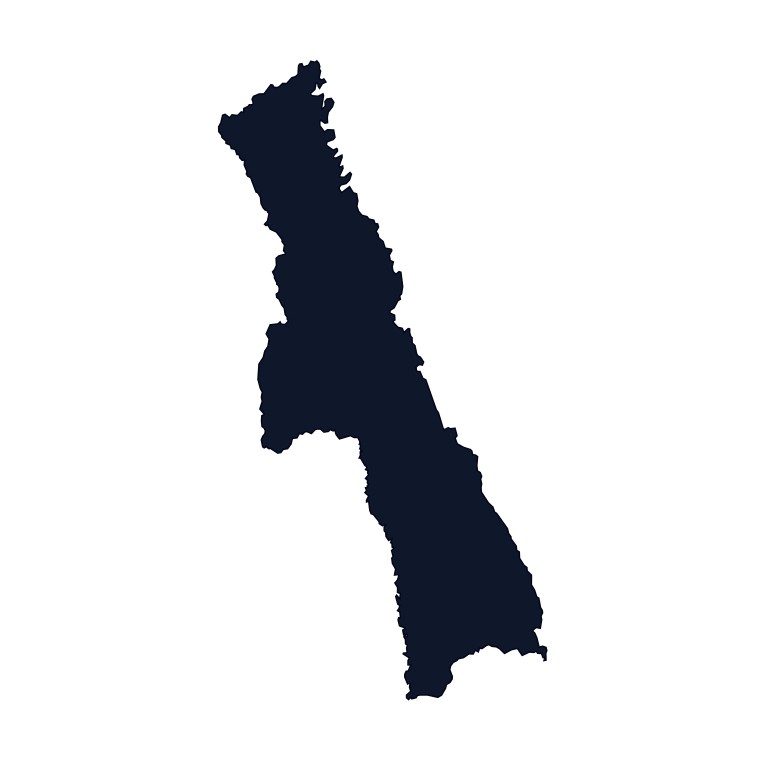 Tha Song Yang, Tak, Thailand, rotated 190°
{"feature_id": "78962969B58793256407954", "entity_name": "Tha Song Yang", "entity_type": "district", "adm_level": 2, "iso_a3": "THA", "parent_name": "Thailand", "parent_adm1": "Tak", "projection": "equal_earth", "projection_center": [98.144, 17.467], "detail": "fine", "context": "isolated", "style": "filled", "palette": "ink", "viewbox_px": 768, "rotation_deg": 190, "n_neighbors": 0, "source": "geoboundaries", "source_scale": "gbopen_adm2", "svg_char_len": 6152}
<svg xmlns="http://www.w3.org/2000/svg" viewBox="0 0 768 768"><g transform="rotate(190 384 384)"><path d="M551.2,564.2L543.3,550.8L541.4,550.4L538.1,546.5L536.4,540.4L533.7,536.6L531.3,534.7L528.9,534.6L528.6,533.2L526.8,531.9L527.0,524.3L529.4,520.6L527.9,519.6L525.9,520.3L522.8,516.7L516.4,515.0L509.4,508.6L509.2,506.6L506.1,503.6L506.1,497.9L503.6,495.8L503.7,494.8L509.8,491.9L512.1,489.1L510.5,482.2L511.6,477.7L513.2,475.1L510.6,471.3L510.3,469.5L507.9,466.1L507.2,466.3L507.0,463.7L505.0,462.6L503.7,460.2L503.5,456.2L505.7,453.8L504.7,450.7L502.0,449.3L498.2,443.9L495.4,441.4L493.3,435.2L491.0,433.3L490.5,430.9L489.0,429.5L491.7,425.4L495.7,425.1L497.1,427.1L498.8,424.8L506.4,422.5L508.7,412.9L504.9,408.4L504.8,400.8L507.1,395.7L507.5,389.2L510.6,382.0L508.9,366.6L505.0,358.2L502.4,354.8L502.5,349.8L500.9,345.8L501.9,337.8L497.0,333.8L497.0,332.8L498.8,331.6L498.2,326.2L496.7,320.9L494.5,319.9L492.7,317.4L492.7,314.2L494.3,311.5L495.1,307.6L492.6,301.1L490.9,300.3L489.0,301.8L486.1,300.3L484.5,300.9L476.7,297.5L473.7,298.6L471.9,302.1L467.7,303.6L465.1,308.9L464.8,314.5L460.3,315.9L458.8,320.6L455.6,320.4L453.7,323.0L451.7,323.8L446.9,322.6L443.8,327.2L441.9,328.1L438.7,328.6L434.8,326.2L430.4,327.7L429.4,329.7L425.9,329.0L424.5,330.2L422.3,325.8L418.3,322.2L408.1,327.3L404.1,326.1L400.4,326.8L397.5,322.7L397.8,320.5L397.1,320.7L396.3,318.5L396.6,316.0L395.1,314.8L395.4,313.6L394.2,313.7L395.5,312.2L394.8,309.8L395.6,306.8L394.0,306.8L388.7,300.5L386.9,299.7L386.4,298.6L387.3,296.5L384.8,296.0L384.6,293.5L383.4,291.9L385.8,287.8L383.2,286.1L383.3,283.9L381.7,282.2L382.8,280.9L382.2,279.5L384.2,278.6L382.6,276.0L383.9,273.7L379.6,271.1L381.0,266.6L380.7,264.8L378.7,265.9L376.0,257.0L374.1,254.0L371.9,253.7L364.7,247.4L364.4,245.7L360.9,244.1L359.3,245.5L357.9,245.1L359.0,243.2L358.3,239.5L356.5,238.0L355.5,234.1L352.3,230.8L349.3,232.9L349.9,228.9L348.6,228.5L347.5,224.6L346.1,225.1L345.9,223.9L347.6,221.3L345.0,215.6L346.1,213.9L344.6,208.9L340.4,203.8L340.5,197.7L337.1,198.7L336.1,198.0L336.7,193.3L338.7,189.9L335.2,185.9L334.5,181.1L331.5,180.5L331.1,175.1L334.9,178.2L335.5,176.7L332.1,169.5L330.2,168.8L330.0,166.4L331.3,163.1L328.9,162.4L327.4,157.7L327.5,156.7L328.9,156.4L329.2,154.2L326.7,148.5L321.1,147.5L321.0,146.1L322.6,145.3L322.6,144.2L321.0,140.2L320.2,139.9L318.5,141.9L317.2,140.2L317.1,139.0L319.4,139.5L320.5,138.5L318.5,136.1L317.6,131.9L315.5,130.8L315.9,128.0L314.7,124.1L315.6,122.9L318.1,122.4L318.2,121.5L311.5,118.7L312.3,115.7L311.6,111.6L308.9,111.9L310.2,105.7L312.3,104.9L313.1,101.9L312.7,99.1L308.7,92.7L307.2,93.8L306.3,93.0L306.2,89.8L304.3,86.1L307.8,81.6L307.3,78.9L305.0,77.5L303.5,80.1L302.0,78.8L298.0,80.6L297.0,83.1L294.4,84.0L287.0,85.3L276.6,84.8L273.3,87.6L270.6,95.0L270.4,98.9L267.2,101.5L265.7,105.2L265.9,107.8L269.6,114.0L269.5,117.9L267.5,121.9L264.2,124.3L263.1,126.3L258.1,128.4L253.5,133.0L249.3,133.6L247.9,137.7L244.6,136.6L244.1,140.3L241.5,140.5L237.4,144.6L235.3,145.5L232.1,144.4L227.8,144.7L224.1,143.4L218.5,139.6L212.3,144.5L206.7,146.8L200.8,140.7L194.3,145.3L189.7,145.7L187.8,147.3L185.9,145.5L182.1,146.0L179.9,142.2L178.1,142.8L178.4,139.4L176.5,140.2L177.9,146.8L177.4,149.8L178.7,152.7L182.2,153.3L185.5,151.7L189.5,160.7L192.4,165.0L194.6,166.2L194.3,167.9L192.0,170.6L187.7,170.6L187.8,179.3L189.1,182.7L188.1,186.1L188.8,188.4L191.1,191.1L194.4,200.0L196.6,200.8L200.0,207.2L204.0,211.8L205.6,221.4L210.6,224.8L211.4,228.1L214.6,229.7L220.3,236.0L221.6,242.1L224.5,243.2L225.6,247.3L232.1,253.6L232.4,255.5L235.3,258.4L237.4,263.1L250.7,276.2L252.8,277.0L255.4,281.7L260.5,285.0L269.3,294.4L270.5,298.9L270.5,302.6L272.3,307.0L271.8,310.1L273.9,313.5L276.9,314.7L278.5,320.1L279.2,328.7L281.5,329.9L284.4,329.7L285.9,333.3L287.4,334.4L294.6,335.4L301.5,337.8L304.6,343.1L303.1,345.7L306.4,352.8L310.9,351.4L313.2,352.1L316.6,349.5L318.1,350.6L325.5,365.2L328.1,367.8L343.6,395.4L346.8,396.4L350.7,402.5L353.2,402.1L354.5,403.1L355.3,405.9L354.3,407.7L352.5,409.3L349.5,409.3L348.8,412.5L352.9,416.8L355.4,417.5L357.1,419.4L360.2,427.2L363.4,429.3L364.4,434.5L365.9,435.5L367.6,438.8L368.3,442.7L369.8,442.8L373.4,438.2L375.7,442.0L380.3,442.3L385.6,446.5L385.8,447.7L384.4,448.9L385.5,453.6L390.7,455.0L390.7,457.6L387.3,460.7L384.8,468.5L382.6,470.3L383.9,473.6L382.4,475.8L382.5,483.1L386.8,497.0L388.7,497.3L391.3,494.2L394.2,496.0L395.5,498.5L396.3,501.0L396.0,505.9L399.3,506.7L401.2,511.8L399.5,516.8L400.1,518.0L406.4,518.0L409.7,524.2L414.7,527.1L415.8,530.2L418.3,532.8L416.6,537.6L418.1,540.6L420.6,540.3L422.5,543.6L427.4,543.8L429.8,545.9L435.0,546.3L439.1,549.8L441.6,554.4L441.6,559.9L444.0,566.5L447.5,567.0L452.2,572.4L458.9,565.1L461.9,568.0L462.2,570.0L461.1,572.5L456.2,574.8L453.4,578.9L452.5,585.0L454.2,586.4L458.9,580.7L463.3,580.2L463.8,581.4L461.8,589.3L462.6,591.5L465.3,589.8L466.1,590.7L464.6,600.0L465.2,602.1L470.2,598.3L472.5,597.9L473.5,599.8L470.3,605.2L470.7,607.2L471.5,607.7L474.7,605.5L482.2,609.1L482.3,612.5L476.5,615.9L475.1,618.3L477.7,625.4L483.8,624.6L486.4,621.9L492.0,627.2L492.8,631.4L492.2,632.9L487.4,630.6L485.0,631.6L486.2,637.0L486.1,642.0L482.9,648.2L482.3,652.8L485.6,656.1L489.7,654.7L491.2,651.9L490.1,647.6L492.6,644.0L493.4,645.5L493.6,657.4L494.5,659.2L498.7,656.0L504.6,655.4L506.6,656.4L506.6,657.7L503.2,662.1L503.2,668.6L501.5,668.7L500.3,665.4L498.8,664.0L496.9,669.0L493.6,671.3L496.2,674.0L498.1,672.6L501.1,673.7L500.8,681.3L502.4,683.0L502.4,685.6L504.0,688.7L506.3,690.5L507.7,688.9L512.1,689.1L513.6,684.9L518.4,682.2L520.5,685.2L522.8,684.3L523.4,682.3L522.4,674.1L524.6,671.3L528.0,669.6L532.0,663.0L536.0,662.4L538.9,658.4L541.4,657.2L544.2,657.3L545.6,659.1L547.4,659.1L552.5,648.9L557.4,647.9L562.5,644.6L563.4,641.6L561.7,638.4L561.7,636.3L565.2,635.5L566.0,633.8L569.9,631.0L569.5,627.0L571.8,627.2L574.9,623.0L580.4,622.7L582.3,619.4L587.3,622.0L589.6,620.7L590.0,613.1L591.5,608.5L590.5,603.8L587.1,600.9L586.4,598.7L581.8,595.9L581.4,593.6L576.8,592.6L575.3,589.4L571.3,589.3L568.7,584.5L566.4,584.6L565.3,581.7L562.5,579.6L560.2,580.5L559.6,575.3L555.9,569.6L556.0,566.9L554.1,564.9L551.2,564.2Z" fill="#0f172a" stroke="#020617" stroke-width="1.5"/></g></svg>